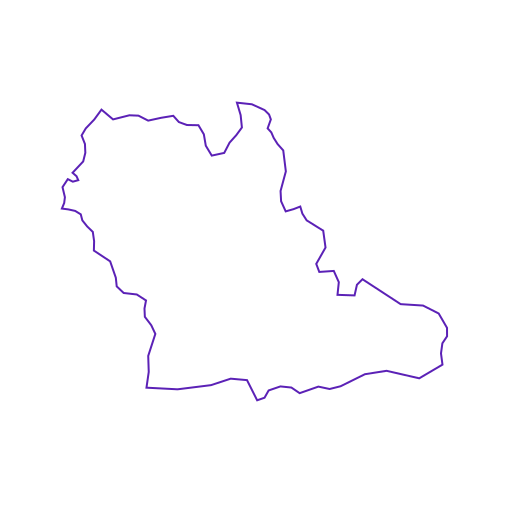 the border of Sliven, rotated 280°
{"feature_id": "BGR-2231", "entity_name": "Sliven", "entity_type": "Province", "adm_level": 1, "iso_a3": "BGR", "parent_name": "Bulgaria", "parent_adm1": "", "projection": "equal_earth", "projection_center": [26.271, 42.597], "detail": "fine", "context": "isolated", "style": "outline", "palette": "violet", "viewbox_px": 512, "rotation_deg": 280, "n_neighbors": 0, "source": "natural_earth", "source_scale": "10m", "svg_char_len": 1425}
<svg xmlns="http://www.w3.org/2000/svg" viewBox="0 0 512 512"><g transform="rotate(280 256 256)"><path d="M181.4,458.5L163.9,438.0L165.6,404.5L158.5,383.8L142.4,361.9L137.8,351.6L138.2,340.1L128.5,322.8L132.6,313.7L131.8,302.7L125.8,291.8L117.9,289.0L114.1,282.2L132.2,268.7L130.8,252.4L121.0,234.1L111.1,201.9L107.3,171.0L123.2,170.5L138.9,167.2L161.8,170.4L169.6,164.9L176.8,157.1L184.9,155.3L193.1,155.4L197.4,145.3L196.6,132.1L201.9,124.1L210.3,121.7L225.4,113.3L233.2,95.4L242.5,94.0L251.4,91.1L255.8,84.6L260.9,78.8L266.6,76.2L269.0,70.1L269.3,63.1L269.0,56.6L274.9,57.9L280.7,57.6L290.2,53.5L299.0,57.3L297.4,62.7L299.8,67.8L303.4,65.4L306.1,60.9L319.1,69.4L328.0,70.0L336.6,68.1L344.4,63.3L352.1,66.2L362.3,73.0L373.3,78.4L365.7,91.5L372.6,106.9L373.8,115.9L370.6,126.3L375.6,138.5L379.7,150.2L374.5,156.8L373.0,165.2L374.8,176.6L366.8,183.5L355.9,187.4L347.2,195.0L352.0,206.8L363.1,210.3L371.6,215.6L380.1,219.8L392.1,216.4L403.7,210.6L404.7,225.6L401.2,239.1L397.6,244.3L393.1,246.9L383.7,245.3L380.4,249.6L375.4,252.9L370.0,257.8L364.7,264.5L344.5,270.7L324.3,268.9L314.3,271.2L305.1,277.5L308.7,284.9L312.4,291.0L305.8,294.3L299.9,299.7L292.6,317.8L276.4,323.0L258.7,316.7L251.3,321.1L254.8,335.2L244.6,342.1L231.9,343.0L234.3,359.9L245.2,360.4L251.6,364.9L233.7,406.8L236.2,429.1L231.1,445.9L218.4,456.6L210.1,458.1L202.4,454.7L192.2,455.1L181.4,458.5Z" fill="none" stroke="#5b21b6" stroke-width="2"/></g></svg>